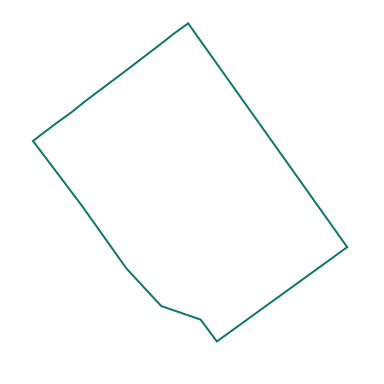 Hardeman, Tennessee, United States of America, rotated 143°
{"feature_id": "52423323B34509746924407", "entity_name": "Hardeman", "entity_type": "district", "adm_level": 2, "iso_a3": "USA", "parent_name": "United States of America", "parent_adm1": "Tennessee", "projection": "equal_earth", "projection_center": [-88.961, 35.213], "detail": "fine", "context": "isolated", "style": "outline", "palette": "teal", "viewbox_px": 384, "rotation_deg": 143, "n_neighbors": 0, "source": "geoboundaries", "source_scale": "gbopen_adm2", "svg_char_len": 422}
<svg xmlns="http://www.w3.org/2000/svg" viewBox="0 0 384 384"><g transform="rotate(143 192 192)"><path d="M290.4,170.5L285.2,119.4L261.9,84.9L262.1,57.7L237.8,57.2L150.2,55.5L101.2,54.6L100.6,76.9L93.9,318.2L93.6,329.0L113.2,329.4L121.5,329.1L174.8,328.7L179.2,328.7L222.7,328.8L240.8,328.2L257.8,328.6L271.0,328.6L288.3,328.5L288.2,286.4L288.2,247.2L290.4,170.5Z" fill="none" stroke="#0f766e" stroke-width="2"/></g></svg>